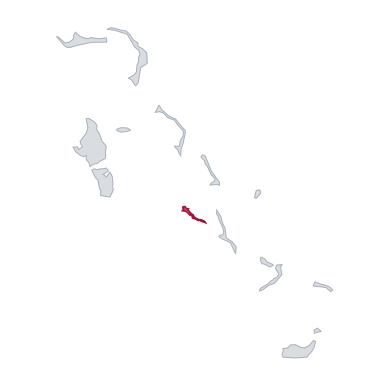 location of Exuma within The Bahamas, rotated 5°
{"feature_id": "BHS-5024", "entity_name": "Exuma", "entity_type": "District", "adm_level": 1, "iso_a3": "BHS", "parent_name": "The Bahamas", "parent_adm1": "", "projection": "mercator", "projection_center": [-75.857, 23.545], "detail": "fine", "context": "in_parent", "style": "filled", "palette": "rose", "viewbox_px": 384, "rotation_deg": 5, "n_neighbors": 0, "source": "natural_earth", "source_scale": "10m", "svg_char_len": 4012}
<svg xmlns="http://www.w3.org/2000/svg" viewBox="0 0 384 384"><g transform="rotate(5 192 192)"><path d="M102.5,153.6L102.4,160.0L102.9,164.7L102.5,166.4L97.3,169.6L96.0,171.3L91.1,173.1L88.2,175.6L86.7,171.6L83.9,169.1L83.4,164.8L81.2,166.3L78.0,165.4L72.9,162.2L69.6,157.8L74.2,157.0L75.1,159.8L78.8,156.4L77.9,154.7L77.3,154.4L76.1,151.2L81.5,142.6L82.7,137.1L80.2,128.2L82.6,127.6L88.7,130.7L91.5,133.8L91.6,138.0L94.2,141.3L97.9,149.1L102.5,153.6ZM106.6,177.6L106.7,178.8L102.0,182.1L105.4,184.4L108.6,179.3L111.2,183.5L112.6,191.3L112.4,192.6L112.6,193.8L113.1,195.3L113.3,197.4L110.6,204.2L101.2,203.5L101.0,197.8L99.6,196.7L97.4,188.5L94.4,185.9L90.3,179.1L92.7,177.4L95.9,178.0L97.5,177.2L101.9,176.5L104.5,175.6L106.6,177.6ZM327.3,335.6L325.8,339.3L320.8,346.5L309.5,348.3L297.1,348.6L296.1,346.7L295.9,344.9L296.8,342.3L296.7,341.2L296.2,340.1L300.7,339.0L303.7,335.7L308.4,335.1L314.2,337.4L317.4,337.5L322.1,334.9L325.8,329.4L328.1,330.1L327.3,335.6ZM127.2,90.5L126.2,91.0L122.1,85.7L118.8,84.1L124.0,80.4L126.2,77.2L126.2,70.1L127.4,66.2L127.0,62.9L128.2,59.5L126.6,55.6L122.3,52.6L113.6,40.4L100.0,37.5L93.0,37.4L96.9,35.4L100.4,35.6L105.9,36.8L112.5,37.4L116.6,40.9L120.4,45.7L123.9,47.6L125.3,48.8L125.1,50.2L125.7,51.5L130.3,53.7L134.8,57.3L136.2,67.7L130.0,72.7L128.9,87.8L127.2,90.5ZM66.8,46.7L72.6,48.3L75.7,48.1L77.6,47.0L86.1,47.5L93.0,45.9L94.0,48.7L93.8,50.2L79.2,51.6L65.7,55.7L58.3,58.5L54.9,58.8L52.2,57.4L43.3,48.8L45.7,49.6L52.3,54.5L56.4,53.6L60.1,50.4L60.7,48.0L60.2,46.8L61.9,43.0L66.8,46.7ZM154.7,112.6L162.6,118.5L169.3,120.8L176.5,128.2L179.6,130.9L180.2,133.3L178.9,144.3L177.3,150.9L177.6,156.7L175.9,154.9L174.1,151.2L171.3,149.0L170.4,147.8L175.4,147.6L175.9,141.6L178.4,136.9L178.0,132.0L172.1,126.6L168.0,121.8L161.8,120.3L156.1,115.5L152.6,114.9L148.4,115.8L149.9,112.9L151.0,109.2L151.8,108.5L154.7,112.6ZM240.9,248.1L240.6,249.4L234.6,239.0L227.0,236.5L222.6,234.0L223.6,232.6L226.6,232.0L227.1,228.7L225.8,225.2L221.8,218.0L219.6,213.1L218.5,212.0L218.2,207.9L223.0,214.2L224.9,219.8L228.1,225.3L230.2,234.8L236.3,238.0L240.7,242.6L240.9,248.1ZM271.1,283.2L267.8,284.7L268.5,282.1L274.9,277.5L278.5,273.6L280.5,272.2L281.2,271.1L284.0,269.6L285.4,267.0L285.0,264.9L282.1,261.5L282.1,259.0L283.1,257.3L288.1,256.5L286.8,259.1L288.7,266.5L282.2,275.6L276.5,278.4L271.1,283.2ZM218.6,180.2L218.9,182.8L215.7,182.3L211.0,183.3L209.3,183.4L210.4,181.6L213.6,179.1L213.8,176.7L209.8,173.4L205.0,165.0L202.8,163.0L201.8,159.8L197.8,156.4L198.7,154.6L199.5,154.1L202.1,155.0L208.2,167.1L208.6,168.3L218.6,180.2ZM326.7,272.1L329.6,272.8L331.2,272.8L336.7,274.3L339.9,276.5L340.7,277.3L338.9,279.2L333.9,275.6L329.5,275.2L323.4,275.3L320.9,274.6L322.5,270.7L326.7,272.1ZM278.2,256.9L279.3,257.8L276.3,259.9L269.4,257.3L267.9,257.5L266.5,254.8L266.0,252.8L266.3,250.9L270.4,252.3L272.6,255.0L278.2,256.9ZM121.4,137.5L116.0,138.6L112.2,137.5L111.2,136.7L112.8,135.2L116.5,134.0L122.3,133.9L124.8,135.3L125.2,135.9L121.4,137.5ZM201.6,219.3L199.6,219.6L196.1,218.2L187.7,211.9L183.9,211.3L185.1,207.7L188.1,209.0L194.8,214.5L197.3,217.2L201.6,219.3ZM260.5,187.1L256.7,192.7L254.7,192.2L255.8,185.1L258.5,184.0L259.5,184.1L260.5,187.1ZM332.6,319.5L326.3,322.0L325.6,319.1L328.9,316.7L332.6,319.5Z" fill="#d9dde1" stroke="#a8b0b8" stroke-width="1"/><path d="M195.3,214.7L196.0,216.3L197.8,217.6L201.8,219.1L201.1,219.9L200.0,219.6L197.9,218.4L195.5,218.2L194.6,217.7L195.0,216.6L194.1,216.0L193.2,215.2L192.3,214.7L191.7,215.2L190.0,213.4L188.2,212.1L186.2,211.4L183.9,211.6L183.9,211.3L185.3,210.9L185.5,210.7L185.4,210.3L185.1,209.8L185.1,209.5L184.6,209.2L184.2,208.6L184.1,207.9L184.5,207.3L185.1,207.5L185.5,207.3L185.8,207.1L186.1,207.0L186.5,207.2L186.7,207.4L187.1,208.1L187.7,208.6L188.3,208.9L189.0,209.1L190.0,209.1L189.9,209.3L189.8,209.5L189.6,209.7L189.4,209.8L192.5,213.2L194.7,214.5L195.3,214.7ZM202.1,218.8L203.7,218.9L205.8,219.5L207.6,220.4L208.3,221.6L206.6,221.0L204.6,220.6L202.9,220.0L202.1,218.8Z" fill="#f43f5e" stroke="#9f1239" stroke-width="1.5"/></g></svg>